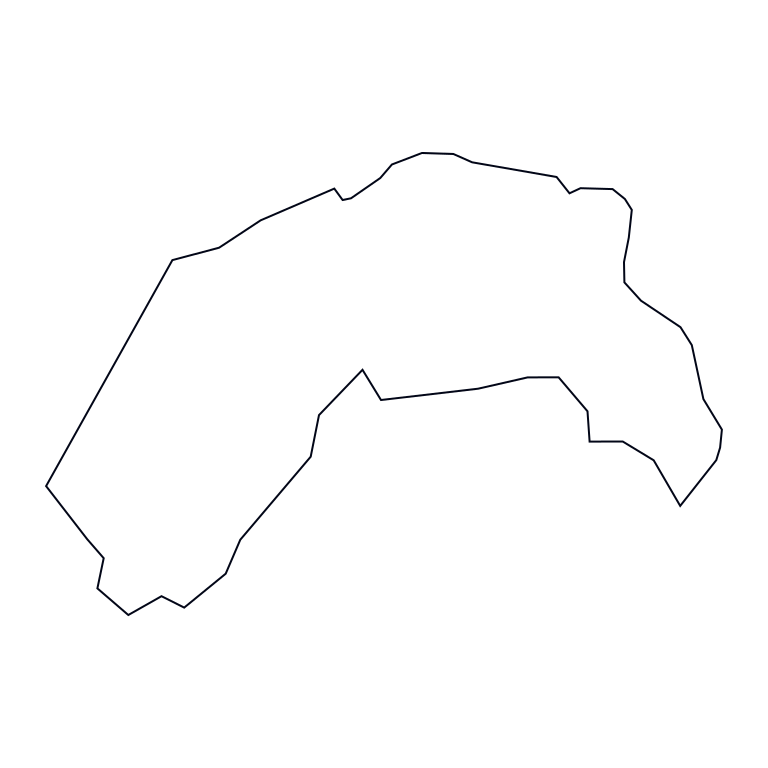 the border of Lubanas
{"feature_id": "LVA-5790", "entity_name": "Lubanas", "entity_type": "Municipality", "adm_level": 1, "iso_a3": "LVA", "parent_name": "Latvia", "parent_adm1": "", "projection": "albers", "projection_center": [26.781, 56.897], "detail": "fine", "context": "isolated", "style": "outline", "palette": "ink", "viewbox_px": 768, "rotation_deg": 0, "n_neighbors": 0, "source": "natural_earth", "source_scale": "10m", "svg_char_len": 712}
<svg xmlns="http://www.w3.org/2000/svg" viewBox="0 0 768 768"><path d="M721.9,429.6L720.1,447.6L716.3,460.1L680.2,505.9L653.7,460.3L622.7,441.5L589.6,441.6L587.5,411.3L558.6,377.3L527.6,377.4L478.1,388.7L381.0,400.0L362.5,369.8L319.0,415.1L310.7,456.7L240.3,539.7L225.7,573.7L184.2,607.6L161.5,596.2L128.3,615.0L97.4,588.4L103.7,558.2L87.2,539.2L46.1,486.1L172.4,260.1L219.1,247.7L260.7,220.3L334.3,188.6L342.6,200.0L351.0,198.3L380.3,178.0L391.9,164.5L421.9,153.0L453.4,154.0L472.1,162.3L556.6,177.0L569.5,193.3L580.5,188.2L612.6,189.1L624.9,199.0L631.8,209.9L628.8,237.6L624.0,262.1L624.4,282.4L641.0,300.7L680.5,327.2L691.8,345.1L703.4,399.1L721.9,429.6Z" fill="none" stroke="#020617" stroke-width="2"/></svg>